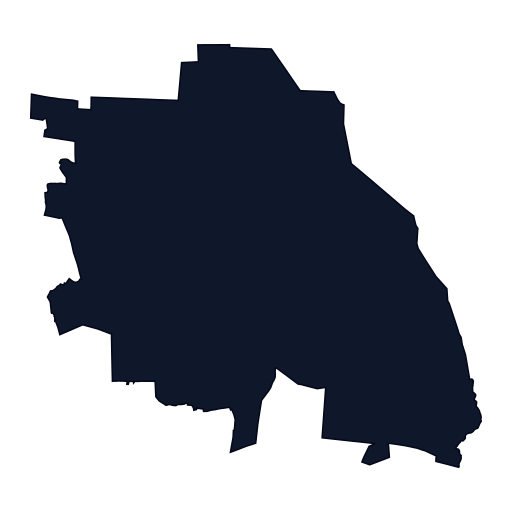 Soyaniquilpan de Juárez, México, Mexico
{"feature_id": "50627088B65616547709828", "entity_name": "Soyaniquilpan de Juárez", "entity_type": "district", "adm_level": 2, "iso_a3": "MEX", "parent_name": "Mexico", "parent_adm1": "México", "projection": "albers", "projection_center": [-99.518, 20.053], "detail": "fine", "context": "isolated", "style": "filled", "palette": "ink", "viewbox_px": 512, "rotation_deg": 0, "n_neighbors": 0, "source": "geoboundaries", "source_scale": "gbopen_adm2", "svg_char_len": 5787}
<svg xmlns="http://www.w3.org/2000/svg" viewBox="0 0 512 512"><path d="M458.7,467.3L459.1,466.3L458.9,463.9L459.2,463.2L459.4,462.8L459.7,462.0L460.3,461.0L461.1,458.9L461.2,457.9L461.1,456.9L461.1,456.4L461.2,455.5L459.9,454.2L459.7,453.8L459.5,452.9L459.5,451.2L459.1,450.2L458.6,449.3L457.6,449.0L456.7,448.8L456.1,448.6L455.7,448.0L456.3,446.9L457.0,446.3L457.6,445.2L459.0,443.4L459.4,443.0L459.8,442.6L460.3,442.1L460.6,441.5L460.8,441.1L461.5,440.9L462.3,440.9L463.1,440.8L464.1,439.8L464.6,439.2L465.0,438.7L465.3,438.2L465.3,436.9L465.2,436.4L465.3,435.9L465.5,435.4L466.1,434.6L466.9,433.9L468.1,433.3L469.5,433.1L470.9,432.9L472.3,432.1L473.6,430.9L474.3,429.9L475.1,429.2L476.2,428.7L477.0,428.5L477.7,428.2L478.0,427.7L478.5,426.7L479.5,424.2L480.1,423.0L480.6,422.2L481.0,421.8L481.3,421.1L480.8,419.4L480.8,418.8L481.1,418.3L481.1,416.5L480.8,415.0L480.3,413.7L479.8,412.5L479.5,411.0L478.0,408.4L477.3,407.5L476.4,406.6L476.2,405.5L476.5,404.0L476.6,402.9L476.6,401.9L475.7,400.9L474.4,400.0L474.3,399.6L474.2,398.9L474.8,397.9L475.1,397.2L475.4,396.5L475.7,395.6L475.6,394.5L473.7,392.6L472.7,391.9L472.5,386.5L472.5,386.4L472.8,386.4L473.2,382.6L473.4,381.4L472.9,380.0L471.9,379.1L469.7,379.3L465.5,354.8L462.3,344.7L462.0,343.1L461.4,339.0L461.1,337.3L459.1,333.9L457.8,329.5L455.3,321.8L449.4,304.0L447.7,300.7L447.2,293.5L446.9,288.7L437.5,278.2L436.0,276.6L432.9,271.7L426.7,262.1L422.5,255.5L418.2,248.5L417.5,246.0L417.1,244.5L416.8,243.3L417.1,239.9L417.5,233.2L417.5,232.9L417.7,230.5L417.9,228.4L417.5,227.9L415.9,225.3L415.3,223.1L414.1,217.9L413.7,215.9L410.0,213.1L407.5,211.2L407.1,210.8L405.6,209.7L403.0,207.5L399.4,204.4L383.8,191.1L370.8,180.0L351.3,163.6L343.5,123.9L344.0,104.9L341.7,104.1L340.2,103.1L339.7,102.6L338.5,100.8L337.2,98.9L336.2,96.8L335.5,95.3L335.0,94.4L334.1,92.5L333.8,91.8L333.3,91.9L320.5,91.4L311.0,91.1L300.2,90.7L293.7,81.3L284.4,67.7L277.9,58.4L271.4,49.0L259.5,48.6L250.6,48.3L238.7,47.9L229.7,47.6L229.6,44.7L215.2,44.8L206.5,44.8L197.8,44.9L198.4,61.8L188.4,62.3L181.6,62.6L179.8,83.0L178.2,100.4L169.5,100.1L157.9,99.7L146.3,99.2L134.7,98.8L123.1,98.4L114.4,98.0L102.8,97.6L91.2,97.2L91.1,106.4L90.8,109.8L90.5,109.7L77.5,108.9L77.7,101.1L76.3,101.0L75.2,100.6L72.3,100.1L67.0,99.6L58.5,98.8L55.3,98.2L50.2,97.6L44.6,96.7L31.5,94.1L30.7,118.1L42.8,120.1L44.6,118.6L46.2,118.4L47.7,128.6L44.9,130.2L44.0,136.5L59.6,138.9L60.4,139.1L65.3,139.8L68.5,140.3L71.6,140.8L75.1,141.4L75.1,154.4L75.5,163.4L73.7,163.1L71.8,162.4L70.4,161.6L68.2,159.8L66.8,159.2L65.1,159.1L62.7,159.3L60.8,159.8L59.4,162.5L60.1,163.6L60.6,163.4L61.0,163.4L61.5,163.8L61.4,164.3L59.9,167.9L62.4,172.1L65.7,176.5L66.4,177.6L66.3,184.0L60.6,183.2L57.0,183.6L55.0,183.4L52.5,183.5L50.7,183.4L49.3,183.7L48.0,183.9L47.3,184.8L47.3,185.8L47.4,187.1L47.8,188.5L48.2,190.0L47.4,192.4L45.0,192.7L45.2,197.3L45.6,200.2L45.4,202.0L45.9,203.8L46.2,205.5L46.2,207.8L45.8,210.1L45.1,212.6L44.4,215.1L46.9,215.6L48.3,215.9L49.7,216.2L52.1,216.7L54.6,217.2L55.5,217.4L58.9,218.2L62.1,217.9L65.7,226.8L69.4,235.6L71.7,244.0L73.5,252.4L77.8,265.4L77.9,266.1L78.0,266.6L78.4,267.9L78.7,268.9L78.9,270.3L81.2,278.8L80.7,278.9L80.0,279.2L79.7,279.5L79.4,280.1L79.1,280.7L78.5,281.3L77.4,281.9L76.3,282.2L74.9,282.2L74.0,281.9L73.1,281.5L71.5,280.4L69.2,278.6L65.8,283.6L64.4,283.0L63.7,285.1L60.4,284.0L60.0,284.7L59.5,285.1L58.8,285.7L57.9,286.1L57.2,286.5L56.5,287.5L55.8,288.6L55.0,289.1L53.8,290.0L52.9,290.5L52.1,290.8L51.4,290.9L51.2,290.9L50.5,290.9L49.7,292.7L49.4,293.4L49.0,294.1L47.7,296.4L47.6,296.7L47.4,297.0L50.1,301.7L50.4,303.5L51.4,313.1L51.5,313.2L53.2,313.1L53.4,314.1L54.3,315.3L54.1,316.4L54.5,316.6L54.6,316.8L54.8,319.3L55.1,320.2L54.7,320.3L54.8,321.3L55.2,321.2L55.6,321.4L56.6,324.0L57.8,327.1L59.1,331.8L59.8,334.7L82.7,324.8L97.6,328.9L111.6,334.2L111.5,337.4L112.2,372.6L112.3,376.1L112.4,381.3L113.9,381.1L115.3,381.1L116.7,381.1L118.2,381.0L119.6,381.0L121.0,381.1L122.4,381.0L123.8,381.1L125.3,381.2L127.1,381.4L126.8,384.3L128.3,384.3L128.9,381.5L130.4,381.4L131.9,381.4L133.4,381.4L133.6,383.0L134.9,381.4L135.1,381.4L137.0,381.4L138.9,381.4L140.0,381.3L141.5,381.2L155.1,381.3L155.8,396.2L156.1,397.2L159.3,401.0L164.0,404.0L165.1,404.3L165.3,405.1L166.9,405.2L169.2,404.4L171.0,404.9L172.2,405.2L174.0,405.5L176.0,405.6L177.7,404.5L181.5,404.5L184.7,404.0L185.3,403.4L186.2,403.1L187.6,403.5L187.5,405.0L189.7,405.2L190.6,405.1L192.6,405.8L192.6,406.0L192.5,406.5L192.8,406.8L193.0,407.1L193.1,407.3L193.2,407.6L193.4,407.8L193.6,409.1L193.8,410.3L196.4,409.6L196.2,408.3L198.1,408.4L199.7,408.5L200.6,408.7L202.2,408.9L203.4,409.0L203.4,409.6L203.4,410.4L203.4,410.7L203.6,411.2L203.6,411.4L203.9,411.4L204.3,411.4L204.9,411.4L205.6,411.4L206.5,411.4L207.4,411.2L208.4,411.0L209.4,410.7L210.1,410.4L211.0,410.2L211.6,410.1L212.4,410.0L213.2,409.9L214.5,409.7L215.8,409.5L217.1,409.2L217.9,409.0L218.9,408.8L219.7,408.7L220.3,408.6L221.3,408.4L223.4,408.2L224.9,408.0L225.8,407.8L227.4,407.6L229.5,407.3L230.7,410.0L231.4,409.7L231.8,409.6L234.0,415.0L235.2,419.6L234.3,430.4L233.4,430.4L233.1,437.1L232.9,438.4L230.4,452.3L238.4,449.3L246.3,446.2L251.8,444.5L255.7,443.2L257.5,427.0L257.8,424.1L261.5,400.4L269.0,390.4L270.7,387.6L272.6,382.4L273.8,380.5L275.1,377.4L275.3,374.0L275.1,371.0L275.4,369.4L275.1,368.5L276.5,368.0L288.5,376.9L298.1,384.1L301.1,384.5L307.5,386.2L317.2,388.7L325.7,387.4L324.0,411.1L322.1,437.8L333.8,439.1L351.2,441.0L362.7,442.2L374.3,443.5L373.9,444.2L369.1,446.3L364.0,456.8L363.6,457.7L361.9,462.0L369.7,464.8L378.1,461.6L389.4,457.3L388.4,443.9L388.4,443.4L388.4,443.2L397.1,444.4L405.8,445.8L409.2,446.5L414.2,447.6L416.9,448.1L421.8,449.8L423.7,450.4L425.1,450.8L436.5,456.1L436.1,457.4L435.9,459.6L435.9,461.4L447.3,464.3L458.7,467.3Z" fill="#0f172a" stroke="#020617" stroke-width="1.5"/></svg>